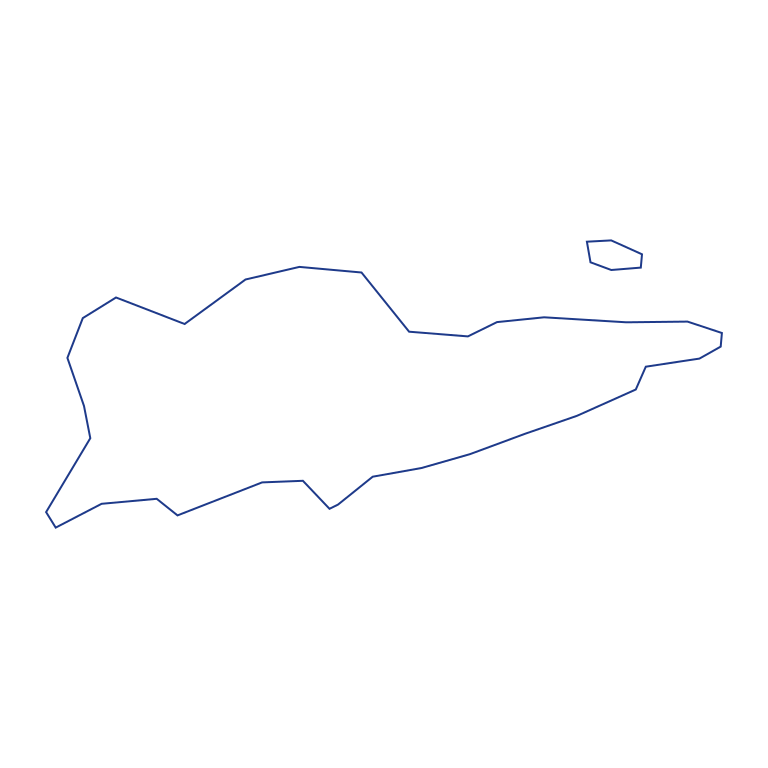 St. Croix, United States Virgin Islands, United States of America
{"feature_id": "52423323B37020317002794", "entity_name": "St. Croix", "entity_type": "district", "adm_level": 2, "iso_a3": "USA", "parent_name": "United States of America", "parent_adm1": "United States Virgin Islands", "projection": "natural_earth1", "projection_center": [-64.727, 17.735], "detail": "fine", "context": "isolated", "style": "outline", "palette": "blue", "viewbox_px": 768, "rotation_deg": 0, "n_neighbors": 0, "source": "geoboundaries", "source_scale": "gbopen_adm2", "svg_char_len": 637}
<svg xmlns="http://www.w3.org/2000/svg" viewBox="0 0 768 768"><path d="M46.1,512.1L55.7,527.6L101.6,503.8L156.7,498.8L177.5,515.4L262.1,482.4L302.9,480.8L329.5,508.8L338.0,504.6L372.7,476.7L421.5,468.0L469.8,454.2L524.7,433.9L577.0,415.8L635.8,389.5L645.8,366.7L682.1,361.2L699.4,358.6L720.7,346.6L721.9,333.0L687.5,321.6L626.4,322.3L544.1,317.3L497.0,322.1L467.9,336.4L409.1,331.7L361.5,272.5L299.4,266.9L245.5,279.5L184.6,324.0L116.0,297.5L82.8,318.1L67.4,357.9L84.0,406.0L90.3,438.2L46.1,512.1ZM586.9,241.7L590.5,262.3L611.3,270.0L640.8,267.6L642.0,254.3L611.2,240.4L586.9,241.7Z" fill="none" stroke="#1e3a8a" stroke-width="2"/></svg>